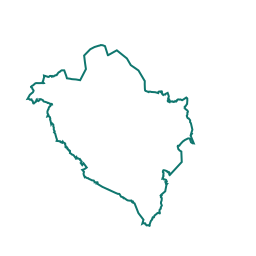 Tuxpan, Michoacán, Mexico, rotated 54°
{"feature_id": "50627088B72618963971649", "entity_name": "Tuxpan", "entity_type": "district", "adm_level": 2, "iso_a3": "MEX", "parent_name": "Mexico", "parent_adm1": "Michoacán", "projection": "albers", "projection_center": [-100.476, 19.578], "detail": "fine", "context": "isolated", "style": "outline", "palette": "teal", "viewbox_px": 256, "rotation_deg": 54, "n_neighbors": 0, "source": "geoboundaries", "source_scale": "gbopen_adm2", "svg_char_len": 5753}
<svg xmlns="http://www.w3.org/2000/svg" viewBox="0 0 256 256"><g transform="rotate(54 128 128)"><path d="M160.6,183.3L173.2,176.2L175.5,174.8L175.9,174.0L176.2,173.8L176.7,173.7L179.4,174.0L180.9,172.9L181.9,172.9L181.8,172.5L185.8,171.1L186.5,170.7L188.0,169.1L188.6,167.9L188.9,167.8L189.8,168.3L190.4,168.2L190.3,167.6L190.4,167.2L190.7,167.2L191.2,167.8L191.4,167.8L191.7,167.5L192.9,167.0L203.0,169.6L211.3,169.4L213.8,172.6L213.9,171.5L214.5,171.1L215.1,170.2L215.4,170.1L216.2,170.5L216.6,170.3L217.7,170.2L217.9,170.0L218.2,169.2L218.8,168.4L219.6,168.3L219.8,168.1L219.6,167.7L218.7,167.1L217.2,165.0L216.6,164.0L216.3,162.7L215.5,161.6L215.2,161.1L215.3,161.1L214.9,160.6L215.0,160.3L215.4,159.9L215.5,159.5L215.3,159.2L214.5,158.2L214.4,157.8L214.3,154.9L214.1,154.3L214.4,153.3L215.5,152.8L215.7,152.4L215.4,152.1L214.4,151.9L213.8,151.3L213.0,150.8L212.6,150.2L212.6,149.1L212.4,148.8L212.0,148.4L211.5,148.2L210.6,146.2L210.3,146.1L208.3,145.6L207.3,144.8L206.9,144.1L206.2,143.2L204.6,141.9L204.0,141.8L203.5,142.1L203.1,142.0L202.7,141.3L201.8,141.3L201.7,140.9L201.9,140.6L202.2,140.4L202.2,140.2L201.5,140.0L201.1,135.1L196.4,130.1L196.2,129.3L195.4,130.1L195.2,130.0L194.6,129.4L194.1,129.6L193.6,129.5L193.6,129.2L194.3,128.6L194.2,128.1L192.4,127.7L191.8,128.0L190.9,129.1L189.8,129.1L189.3,130.0L188.5,129.0L187.7,127.4L186.9,127.3L185.9,126.1L185.0,125.6L184.7,125.8L184.4,125.8L183.5,125.2L183.0,124.4L183.1,123.9L184.0,123.1L185.4,122.1L186.7,121.5L187.1,121.9L187.5,121.5L187.8,120.9L188.0,120.7L188.5,120.8L189.2,121.6L189.5,121.8L190.1,122.0L190.6,121.9L187.1,104.5L178.4,98.7L177.8,98.9L176.5,99.5L175.6,99.5L174.8,99.7L172.2,98.7L171.7,98.1L171.8,97.7L172.5,96.9L172.0,95.6L171.6,94.0L171.1,91.2L171.2,90.5L171.1,89.4L171.7,85.7L172.3,84.7L173.2,84.2L174.3,84.7L176.6,85.4L178.4,84.7L178.6,84.3L179.1,83.8L170.9,81.8L170.0,80.6L170.5,80.4L170.2,79.7L169.6,80.1L167.2,76.9L161.1,74.3L159.7,74.3L158.3,73.2L155.8,73.3L155.3,73.8L154.9,73.9L153.5,73.6L153.1,73.3L152.7,73.3L151.9,71.9L150.5,71.0L150.2,70.1L149.8,69.8L148.8,69.7L147.8,69.9L146.5,70.4L145.2,70.1L145.0,70.3L144.7,70.0L144.1,69.6L144.1,68.2L143.3,66.5L143.3,66.1L141.5,64.6L140.6,63.8L139.6,63.2L139.0,62.7L138.5,62.7L138.2,62.9L137.6,63.0L137.5,66.1L137.3,67.9L135.8,68.7L135.5,69.3L135.0,70.0L134.7,70.1L134.2,71.0L134.2,71.8L134.5,72.1L134.7,72.5L134.9,73.4L134.0,73.9L134.1,74.1L134.0,74.4L134.2,74.7L134.1,74.9L133.9,74.9L133.7,75.2L133.8,75.5L133.5,75.8L133.5,76.1L133.2,76.3L132.6,76.4L132.4,77.0L131.3,77.9L131.7,79.1L129.9,80.1L129.4,79.9L129.0,79.5L129.4,78.2L129.3,77.9L129.0,77.8L128.0,78.3L127.7,78.2L126.7,76.6L125.9,76.2L122.9,75.3L122.5,77.5L122.8,78.3L121.9,79.4L122.0,80.1L121.1,80.3L120.3,80.3L119.5,79.9L118.8,79.3L118.1,79.2L118.0,79.4L118.2,80.0L118.1,80.4L117.6,80.1L116.7,81.6L116.7,82.3L116.9,82.7L117.4,83.1L115.0,85.0L112.6,87.9L111.9,88.4L110.9,89.7L111.1,90.2L108.8,91.6L108.5,91.9L107.7,92.1L106.2,91.3L102.5,88.8L99.8,86.8L99.3,86.8L87.6,85.7L78.8,88.8L71.1,88.0L58.6,91.4L58.2,94.5L57.4,101.4L57.3,101.5L48.3,98.5L46.2,99.8L44.8,101.4L44.7,102.4L44.3,103.1L42.8,107.5L42.1,112.2L43.6,120.9L49.7,124.3L55.6,127.4L61.2,138.6L58.1,141.6L55.4,144.8L54.2,145.8L51.9,148.2L49.4,147.3L46.6,146.5L43.9,145.7L42.4,147.7L42.3,148.4L42.3,149.3L42.5,150.4L42.2,151.3L42.7,153.3L43.1,153.7L43.1,154.2L43.3,154.7L43.0,155.2L42.9,155.2L42.7,156.2L42.5,156.4L42.4,156.9L42.6,157.6L42.5,157.9L42.1,158.6L41.9,158.6L41.8,159.2L41.4,159.0L41.2,159.0L41.0,159.5L40.2,160.2L40.0,160.6L40.1,161.1L40.0,161.3L40.1,162.1L39.5,162.8L38.6,163.3L37.9,164.0L37.4,164.2L36.9,164.7L36.2,165.2L37.7,166.1L38.9,167.8L39.4,168.1L40.3,169.7L42.2,169.7L42.0,170.1L40.6,171.8L40.0,172.8L37.9,175.6L37.4,176.6L37.5,178.3L37.7,179.4L37.5,180.7L37.6,181.4L37.6,182.2L38.0,182.4L38.8,182.2L39.2,182.0L39.6,182.0L40.5,182.4L42.1,182.3L42.6,182.8L43.1,183.7L43.3,184.7L43.2,185.7L43.4,186.7L43.4,187.8L45.4,192.1L45.7,191.5L46.4,191.0L47.3,190.8L47.6,190.5L47.9,189.4L48.2,189.2L48.6,189.4L48.7,189.7L50.3,189.3L51.9,190.0L52.4,190.1L52.8,189.8L52.6,188.5L52.7,187.6L52.3,187.1L52.5,186.8L52.4,186.6L52.0,186.2L51.9,185.7L51.2,185.2L51.2,184.9L52.3,185.3L52.6,185.3L53.5,184.8L53.5,183.2L53.2,182.9L52.7,182.7L53.4,181.6L55.5,180.5L56.3,180.7L57.0,180.6L58.7,179.2L59.9,178.4L60.5,178.3L60.7,177.8L61.3,177.4L62.5,177.0L63.0,176.2L63.8,175.5L64.4,175.7L63.9,177.2L64.7,178.1L64.6,178.9L64.8,179.7L65.6,180.9L66.1,181.3L66.2,181.9L66.7,182.7L67.2,183.4L68.6,184.4L69.1,184.6L69.8,184.5L70.4,184.8L70.7,185.7L71.2,186.4L71.6,185.0L72.0,185.2L73.3,184.8L75.0,185.5L75.4,186.1L76.8,186.5L79.8,187.9L79.3,186.8L80.1,186.6L81.5,186.5L83.0,187.6L83.7,187.6L84.0,187.7L84.7,188.3L85.5,188.9L86.6,189.2L87.4,189.2L87.7,189.3L87.9,189.6L88.0,190.3L89.8,190.2L90.8,190.6L93.7,191.7L95.4,192.2L96.1,192.7L96.5,193.3L99.0,190.6L99.3,190.5L99.5,190.9L99.8,190.9L100.2,190.5L101.5,189.8L101.5,189.7L100.9,189.2L100.7,188.8L101.7,188.9L102.4,188.4L103.3,188.0L104.0,188.1L104.3,188.6L105.5,188.8L106.6,189.8L107.3,189.6L107.4,188.8L108.7,188.8L108.8,189.2L109.6,189.3L109.9,189.0L110.3,189.0L110.2,188.9L110.8,189.1L111.4,188.6L112.4,188.4L112.7,188.7L113.4,189.0L114.1,189.7L115.9,189.0L116.7,188.9L117.4,188.3L118.2,188.0L120.9,188.0L121.0,187.4L121.4,187.3L121.3,186.9L122.0,187.2L122.4,187.8L122.9,187.0L122.9,186.4L124.9,185.4L124.9,185.2L125.9,185.2L126.0,185.5L127.8,185.2L127.9,185.5L128.4,185.8L128.6,186.1L128.6,186.8L131.1,186.8L130.4,184.7L135.7,184.6L135.7,186.6L135.5,188.1L135.0,189.6L137.6,189.4L138.9,190.9L140.4,191.5L142.4,191.9L142.4,191.3L143.3,191.1L144.7,190.4L145.1,189.8L146.5,189.4L147.7,188.6L148.9,188.1L150.4,186.6L152.2,186.7L152.4,186.9L153.7,185.0L154.4,186.0L155.0,185.1L155.4,185.5L160.6,183.3Z" fill="none" stroke="#0f766e" stroke-width="2"/></g></svg>